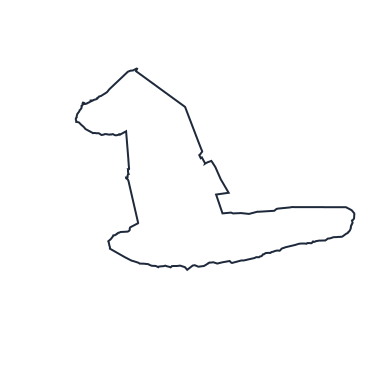 Hidalgo, Nuevo León, Mexico, rotated 134°
{"feature_id": "50627088B74027010733111", "entity_name": "Hidalgo", "entity_type": "district", "adm_level": 2, "iso_a3": "MEX", "parent_name": "Mexico", "parent_adm1": "Nuevo León", "projection": "mercator", "projection_center": [-100.452, 26.003], "detail": "fine", "context": "isolated", "style": "outline", "palette": "slate", "viewbox_px": 384, "rotation_deg": 134, "n_neighbors": 0, "source": "geoboundaries", "source_scale": "gbopen_adm2", "svg_char_len": 4916}
<svg xmlns="http://www.w3.org/2000/svg" viewBox="0 0 384 384"><g transform="rotate(134 192 192)"><path d="M141.5,317.1L141.7,317.6L145.6,318.9L147.4,320.5L150.1,321.7L174.5,322.8L176.0,322.8L177.8,322.6L179.3,322.5L179.8,322.6L186.2,324.2L187.9,325.2L188.4,325.1L188.8,325.0L189.9,325.2L189.8,325.4L190.1,325.5L190.6,325.0L191.9,325.4L194.3,326.8L194.9,326.8L195.6,327.2L196.4,327.3L196.5,327.5L196.1,328.0L196.7,328.5L197.3,327.9L198.9,328.2L199.3,328.5L199.9,328.6L200.5,329.0L201.5,329.1L201.8,329.4L203.1,330.1L203.4,330.7L203.9,330.9L202.9,331.5L203.4,332.5L204.2,332.3L205.3,331.4L206.1,331.0L206.7,331.3L207.3,330.8L207.8,330.3L208.2,329.9L208.7,329.8L209.3,329.7L209.8,329.6L210.3,329.5L211.4,329.6L212.3,329.1L212.8,329.0L214.2,328.9L214.6,328.8L215.3,328.8L215.7,328.5L216.2,328.4L217.3,327.7L218.4,327.1L218.5,326.8L218.8,326.8L219.3,326.6L219.7,326.7L220.5,326.0L220.9,325.5L221.0,325.0L221.2,324.7L221.5,324.4L222.0,324.0L221.0,322.6L220.5,321.6L220.6,318.5L220.4,315.2L220.7,312.3L218.5,304.5L218.5,304.1L217.6,303.5L217.0,302.8L216.7,302.4L216.2,301.6L215.8,301.2L214.9,300.4L214.7,300.1L214.4,299.5L214.2,299.0L214.2,298.3L214.1,297.7L213.8,296.6L212.7,295.9L212.4,295.7L212.1,295.4L211.9,295.3L211.5,295.2L211.0,295.0L210.7,294.7L210.3,294.3L209.4,293.2L209.2,292.7L208.7,292.0L208.1,291.2L207.8,291.1L207.3,290.8L207.1,290.5L206.9,290.1L206.6,289.9L206.0,289.6L205.8,289.4L205.6,289.3L205.4,289.2L205.2,288.7L205.0,287.9L204.6,286.9L204.3,286.4L203.5,285.6L202.0,284.7L201.4,284.7L200.7,284.2L200.2,283.7L200.4,283.5L194.1,281.6L213.2,259.9L213.3,259.9L214.4,258.6L216.6,256.2L218.8,253.6L219.2,253.2L219.3,253.2L219.7,253.5L220.1,253.9L220.2,253.7L220.4,253.5L220.8,253.1L221.1,252.9L221.7,252.3L222.1,251.9L222.1,252.0L222.4,251.4L223.0,250.3L223.2,250.6L224.0,250.2L224.9,249.7L225.7,249.3L225.6,249.1L226.2,248.6L226.7,248.8L227.4,249.5L227.9,248.8L227.7,247.8L227.6,247.7L227.5,247.1L228.1,245.5L251.7,209.2L252.4,209.2L253.1,209.5L259.7,211.7L260.2,211.9L261.0,211.7L261.6,211.4L262.1,210.9L262.3,210.6L262.7,210.4L263.5,210.3L264.0,210.4L265.1,210.7L270.4,215.6L272.0,216.2L272.5,216.7L272.8,216.8L273.7,216.8L273.9,216.7L274.5,217.2L275.1,217.1L275.6,217.1L276.2,217.4L276.8,217.5L277.0,217.7L277.4,218.1L278.0,218.5L278.6,218.1L279.4,218.0L281.8,217.7L283.7,217.8L285.6,218.0L286.3,216.5L287.2,215.2L287.9,214.3L288.3,213.4L288.6,213.0L288.8,212.6L289.2,212.2L289.8,211.7L287.0,200.7L285.5,194.9L283.4,187.9L282.3,185.9L280.1,181.4L279.9,180.0L277.0,176.8L274.8,174.0L274.5,173.6L274.1,172.9L274.0,171.9L273.6,171.1L273.2,170.1L272.8,169.4L271.2,167.7L270.3,166.5L269.5,164.0L268.6,164.0L266.6,162.3L264.9,160.8L263.6,160.1L262.7,158.2L261.5,156.2L261.0,155.0L259.3,155.0L258.2,154.0L257.3,153.1L256.7,152.5L255.8,151.5L254.8,150.7L253.2,149.4L251.0,144.9L251.3,141.4L244.4,140.4L242.7,139.1L241.3,135.5L236.9,132.0L232.0,130.7L231.9,130.8L231.6,130.9L231.0,130.5L230.5,130.2L230.3,130.2L230.0,129.7L227.7,127.8L225.9,124.1L221.6,121.4L215.5,117.0L215.6,114.8L215.2,113.9L206.9,108.9L205.3,107.2L196.1,101.2L194.2,100.5L193.0,99.1L192.4,98.5L191.7,98.5L191.2,98.3L190.2,97.6L189.4,97.5L188.9,97.3L187.7,97.7L186.8,97.0L184.8,96.6L184.4,96.3L182.6,94.7L182.2,94.2L181.3,93.2L180.2,93.2L179.2,92.6L178.6,92.1L176.9,91.4L175.8,90.7L174.4,89.6L173.8,88.6L173.5,88.3L173.2,88.1L171.1,88.1L170.6,88.2L169.4,87.7L168.6,87.2L167.0,86.5L158.4,81.0L155.1,79.2L153.5,77.9L150.6,74.9L149.6,73.6L148.7,73.6L146.9,71.8L146.3,70.9L145.8,70.5L145.0,70.4L143.8,70.7L143.4,70.4L143.5,69.9L142.5,69.1L141.6,68.9L138.8,66.9L134.2,62.4L131.1,61.9L130.1,61.0L128.6,60.0L127.2,59.4L126.1,58.7L125.3,58.0L124.5,57.1L122.5,55.4L122.1,55.0L122.0,54.8L121.7,54.5L121.3,54.3L120.7,53.6L120.1,53.2L119.6,52.9L114.5,52.0L114.1,51.8L113.8,51.6L113.6,51.6L113.4,51.5L113.0,51.5L112.7,51.6L112.4,51.6L112.2,51.7L111.9,51.8L111.6,51.6L111.4,51.6L111.0,51.6L110.6,51.7L110.4,51.7L109.8,51.8L109.1,52.1L108.7,52.2L108.1,52.5L107.8,52.6L107.6,52.7L107.4,52.8L107.2,53.2L106.8,53.5L106.2,53.8L105.9,54.0L105.6,54.2L105.5,54.3L105.3,54.2L105.2,54.2L104.8,54.3L104.6,54.4L104.2,54.5L103.9,54.8L103.4,54.8L103.1,54.9L102.6,55.1L101.4,57.1L100.5,56.9L100.2,56.8L99.8,56.9L99.4,56.9L98.6,57.0L98.3,57.2L97.2,58.1L96.4,58.8L95.8,59.4L95.2,59.7L94.6,60.6L94.2,64.6L96.0,70.7L129.2,105.2L133.5,109.7L134.9,110.7L144.2,118.6L145.4,119.4L148.4,119.8L160.2,130.6L160.5,131.1L168.2,135.8L173.1,142.1L178.9,147.6L179.7,149.6L186.2,155.2L179.2,168.8L177.1,172.9L167.1,165.1L162.9,180.1L160.6,185.8L158.0,192.1L157.6,193.5L157.0,196.1L156.9,196.4L156.9,196.6L156.8,196.8L156.2,199.7L157.0,200.1L157.5,200.3L157.9,200.5L158.3,200.7L158.7,200.9L159.1,201.1L159.5,201.3L160.1,201.5L161.0,201.9L162.7,202.3L162.3,202.5L160.3,208.9L161.6,209.2L160.4,212.4L159.8,212.3L159.3,212.3L156.0,212.7L155.9,212.7L155.8,212.8L155.4,213.5L154.5,215.6L151.8,221.5L135.6,256.1L144.0,316.2L141.5,317.1Z" fill="none" stroke="#1e293b" stroke-width="2"/></g></svg>